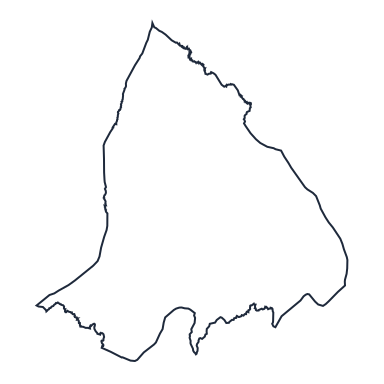 Kut Khaopun, Ubon Ratchathani, Thailand (Equal Earth projection)
{"feature_id": "78962969B96705611164937", "entity_name": "Kut Khaopun", "entity_type": "district", "adm_level": 2, "iso_a3": "THA", "parent_name": "Thailand", "parent_adm1": "Ubon Ratchathani", "projection": "equal_earth", "projection_center": [105.02, 15.832], "detail": "fine", "context": "isolated", "style": "outline", "palette": "slate", "viewbox_px": 384, "rotation_deg": 0, "n_neighbors": 0, "source": "geoboundaries", "source_scale": "gbopen_adm2", "svg_char_len": 5905}
<svg xmlns="http://www.w3.org/2000/svg" viewBox="0 0 384 384"><path d="M152.4,23.0L151.8,27.5L149.8,31.7L147.8,39.8L146.3,42.8L142.3,53.5L140.1,56.3L139.6,58.0L135.0,65.2L126.5,80.9L125.9,83.5L126.0,86.1L125.5,87.5L124.4,88.9L124.6,89.5L122.9,94.1L123.1,95.0L122.7,99.4L122.3,99.9L122.3,101.3L121.6,101.7L121.8,102.1L121.5,103.5L120.9,104.2L121.2,105.5L120.8,106.4L121.1,107.1L120.4,108.2L120.5,108.9L119.9,110.0L119.2,110.0L118.8,111.1L118.0,111.8L117.9,112.7L118.4,113.4L117.8,115.2L117.9,115.9L117.7,117.3L117.4,117.5L117.5,119.4L117.0,120.0L117.0,120.8L116.2,122.7L116.3,124.2L115.0,123.9L112.9,127.1L113.2,127.6L112.5,128.0L112.5,128.7L110.3,132.0L104.9,141.9L103.6,145.5L104.0,159.0L104.1,172.4L104.5,179.8L104.7,182.1L106.0,187.1L104.9,188.9L105.8,190.9L105.9,192.9L105.1,194.8L104.4,195.3L103.7,197.8L104.3,198.1L104.2,199.0L105.3,200.7L105.6,201.7L105.3,203.5L105.7,204.0L105.6,204.7L105.9,205.4L104.6,205.4L105.0,206.3L104.8,206.9L105.2,207.3L105.1,208.2L105.6,209.2L105.4,209.6L106.0,210.1L105.7,210.8L106.1,211.9L107.4,213.4L107.3,225.9L106.6,230.0L104.2,236.8L101.1,247.7L99.5,256.5L97.6,261.1L93.2,265.7L74.9,280.5L68.5,285.1L58.8,290.5L54.3,293.4L49.5,295.0L36.6,305.5L38.5,306.5L42.9,307.0L45.4,309.5L46.3,310.8L46.4,311.4L47.2,310.7L47.4,310.1L48.9,309.3L49.3,308.2L50.6,308.0L51.6,306.6L53.3,306.0L54.2,304.7L55.2,304.1L55.9,303.1L56.3,303.3L57.8,302.5L58.3,303.1L59.6,303.6L59.9,304.1L61.0,304.3L61.2,304.8L63.2,305.3L64.1,306.5L63.9,308.2L64.7,309.5L65.3,309.3L65.0,311.5L65.5,312.2L66.2,312.2L67.4,310.8L69.2,311.9L70.3,312.0L71.1,312.7L71.8,312.4L72.3,313.7L72.9,314.2L74.3,314.1L74.5,315.0L74.9,315.4L74.5,316.3L74.9,317.1L76.8,317.5L76.8,318.4L77.5,318.4L77.1,318.7L77.5,319.1L77.2,319.7L77.9,319.6L78.7,320.7L78.9,323.1L79.2,323.2L79.5,322.6L79.9,322.9L79.9,325.2L80.5,325.7L80.2,326.1L80.3,326.6L83.2,326.8L85.7,327.9L87.9,327.9L90.0,328.5L89.8,326.9L90.5,325.5L91.1,326.0L92.5,324.5L94.1,323.7L94.9,324.3L94.8,325.9L94.3,326.9L94.4,328.9L95.7,331.3L97.3,333.1L97.4,333.8L100.1,334.6L100.2,333.3L100.8,332.8L101.4,333.3L102.4,333.2L103.5,334.3L104.1,337.0L103.5,338.6L103.4,340.4L103.0,340.7L101.8,340.6L101.4,341.1L101.9,343.1L103.3,344.7L103.4,345.4L103.2,346.0L102.3,345.9L101.7,347.8L110.7,351.8L121.8,357.5L122.5,357.3L130.5,360.6L134.9,361.0L137.3,359.8L143.8,352.4L154.0,344.5L155.9,342.5L160.0,333.5L162.6,329.1L163.7,322.6L165.2,317.4L173.8,310.0L176.1,308.6L179.3,307.6L181.6,307.5L184.7,308.3L188.4,308.6L190.4,309.7L194.8,313.1L194.1,315.5L195.1,317.9L194.6,323.0L191.3,329.2L191.8,332.0L189.7,334.3L189.7,335.1L190.0,336.0L189.6,337.8L190.6,340.8L190.5,343.2L190.8,344.2L192.9,348.6L193.2,350.7L194.2,352.3L195.1,353.0L195.9,354.3L196.6,353.7L196.9,352.1L197.5,351.0L197.7,348.0L196.7,345.7L197.0,344.1L198.6,341.8L198.5,340.6L199.3,338.5L200.3,338.1L202.1,338.9L204.8,336.6L205.4,334.5L206.8,333.8L206.6,331.4L206.8,328.9L209.2,326.3L209.8,323.8L215.1,322.6L216.7,320.0L220.4,317.2L221.7,317.6L224.4,320.0L226.3,323.0L228.9,322.8L229.2,322.1L231.9,319.9L233.6,319.9L234.2,318.2L236.2,317.9L236.4,316.6L236.9,315.9L238.6,317.0L239.2,317.0L241.3,316.2L241.8,315.1L243.5,315.6L244.7,314.1L246.1,314.1L246.2,312.8L246.8,311.7L247.2,311.5L248.4,312.1L248.5,310.2L249.6,309.8L250.2,308.9L250.0,308.1L250.2,305.7L250.6,305.4L251.7,305.4L253.8,303.7L254.1,304.5L255.5,304.6L255.0,306.0L255.1,307.5L254.8,308.2L255.7,308.5L255.9,310.0L256.8,310.6L258.6,310.5L258.7,310.0L261.8,308.7L262.7,309.4L264.0,309.0L264.5,308.6L265.2,306.8L266.0,307.5L266.4,307.0L267.4,307.9L268.1,309.2L269.7,308.5L270.8,308.5L270.8,307.8L271.9,308.1L272.2,308.9L272.5,309.0L272.8,311.5L273.3,312.4L273.1,321.1L272.9,322.6L272.2,323.8L273.4,326.3L275.4,327.2L281.6,316.2L300.5,300.5L303.6,296.3L305.7,294.7L307.4,294.0L309.2,294.4L315.1,301.6L318.2,304.5L323.0,305.9L325.7,304.1L328.6,301.4L337.9,291.9L345.0,285.5L344.8,281.6L345.0,279.7L346.6,273.8L347.2,268.5L347.4,260.0L346.8,257.1L343.9,249.2L342.4,243.9L340.3,238.7L332.8,227.4L328.8,222.5L325.5,217.4L320.7,208.6L319.8,205.4L316.1,196.1L312.9,192.9L307.4,189.4L305.0,187.2L291.2,167.7L288.4,162.9L284.3,156.7L281.1,150.6L275.5,149.2L273.7,148.2L267.3,146.8L260.3,143.0L256.0,139.3L250.6,133.3L245.8,126.3L244.0,123.4L245.0,121.6L244.5,120.1L243.8,119.2L244.7,118.0L244.6,115.9L245.1,115.1L246.6,113.9L246.7,112.5L247.0,112.0L249.6,110.9L249.9,108.1L250.7,107.4L250.3,105.4L250.9,104.5L250.9,103.2L249.8,102.7L249.4,103.0L249.3,103.6L248.7,103.0L248.3,103.3L247.9,102.9L247.4,103.6L246.8,103.2L246.6,101.9L245.4,102.2L245.2,101.7L244.7,101.6L244.9,100.6L244.1,100.1L243.5,99.0L243.0,99.0L241.5,97.0L241.7,96.5L240.9,96.6L241.0,95.4L240.6,95.0L240.3,95.6L239.6,95.5L237.8,90.3L233.9,84.8L231.9,84.2L231.5,84.6L231.1,84.6L230.6,84.2L230.4,84.6L228.3,84.6L227.2,85.3L226.7,84.8L226.3,85.3L226.2,86.5L225.4,86.0L224.2,86.7L221.6,84.7L215.5,74.8L213.6,73.3L211.1,72.1L210.9,72.5L211.2,73.1L210.8,73.6L208.7,73.8L207.6,74.6L205.4,73.8L205.3,72.6L204.5,70.8L205.0,70.3L204.7,69.5L205.0,68.6L204.3,68.9L204.3,67.8L203.1,66.2L203.5,64.7L203.0,64.3L202.6,64.6L202.3,64.1L201.8,64.6L201.6,64.1L201.1,64.2L200.1,62.6L199.6,62.4L199.2,62.5L198.9,63.1L198.2,61.8L197.2,62.8L196.2,62.3L196.0,62.7L195.7,62.2L195.9,61.6L195.5,62.1L194.5,61.4L194.3,61.7L192.7,61.4L192.5,60.6L191.4,60.4L191.5,59.8L191.1,59.7L191.1,58.7L190.7,58.9L190.1,58.5L190.2,59.1L190.6,59.4L190.1,59.6L189.1,57.3L188.5,57.4L188.4,55.9L189.4,56.1L189.2,55.2L189.8,54.8L189.1,54.3L189.2,53.9L189.6,53.8L189.5,52.8L190.3,53.3L191.2,52.5L191.1,52.0L190.2,51.4L190.5,50.8L190.3,50.3L188.9,49.5L188.9,48.7L188.6,48.7L188.5,49.1L188.1,48.7L187.8,49.2L187.1,48.5L187.1,47.7L186.9,48.0L186.6,47.5L186.1,48.5L185.8,48.4L185.6,48.8L183.9,48.3L183.9,47.3L183.2,47.2L182.8,46.6L182.4,47.3L181.6,46.7L181.6,45.9L179.9,45.6L179.4,43.8L178.8,44.5L176.9,42.5L175.8,42.7L171.7,40.3L165.6,34.6L161.8,31.9L159.3,30.8L155.9,28.0L154.3,27.3L152.4,23.0Z" fill="none" stroke="#1e293b" stroke-width="2"/></svg>